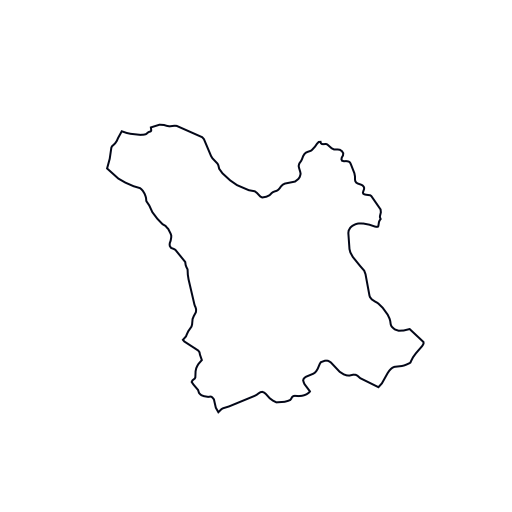 outline of Dzavhan, rotated 48°
{"feature_id": "MNG-3318", "entity_name": "Dzavhan", "entity_type": "Province", "adm_level": 1, "iso_a3": "MNG", "parent_name": "Mongolia", "parent_adm1": "", "projection": "natural_earth1", "projection_center": [96.384, 48.303], "detail": "fine", "context": "isolated", "style": "outline", "palette": "ink", "viewbox_px": 512, "rotation_deg": 48, "n_neighbors": 0, "source": "natural_earth", "source_scale": "10m", "svg_char_len": 4250}
<svg xmlns="http://www.w3.org/2000/svg" viewBox="0 0 512 512"><g transform="rotate(48 256 256)"><path d="M235.6,122.0L238.0,122.4L239.5,124.1L240.2,126.3L241.3,127.8L242.8,128.3L244.5,127.2L245.2,126.2L245.9,125.4L246.8,124.7L247.6,124.1L248.5,123.7L249.4,123.6L250.3,123.8L251.2,124.1L251.3,124.1L260.3,127.5L263.1,129.2L265.6,131.4L267.0,132.2L268.6,132.4L270.2,131.9L273.3,130.2L274.8,129.6L276.6,129.6L277.8,130.1L278.7,131.1L279.6,132.8L280.5,134.2L281.5,134.6L282.7,134.2L284.0,133.3L287.3,130.5L288.6,130.2L304.8,132.3L307.1,134.0L309.3,137.2L310.2,138.0L311.9,138.6L311.9,138.9L312.1,139.6L312.4,140.5L312.7,141.3L313.2,142.1L315.5,144.9L315.8,145.7L315.3,146.6L313.9,147.8L308.6,150.8L303.7,154.5L300.8,157.6L300.0,158.7L299.1,160.5L298.7,161.7L298.1,164.1L298.0,165.9L298.1,167.2L299.1,170.1L300.7,172.0L313.4,181.9L316.5,183.5L321.5,184.7L333.0,185.3L339.3,185.4L342.8,186.8L361.4,198.2L362.8,198.8L365.7,199.0L369.6,198.0L371.5,197.3L373.2,196.9L379.2,196.5L387.7,197.4L392.0,198.7L394.2,199.8L396.9,201.6L398.3,202.2L399.6,202.4L402.0,202.2L403.6,201.9L407.0,200.0L410.2,196.1L413.1,190.7L432.0,189.1L433.1,190.0L433.6,191.0L434.1,192.8L435.3,202.3L436.3,207.0L437.8,211.0L438.5,212.5L438.4,213.5L437.3,217.0L436.4,219.3L435.3,221.3L431.0,227.3L430.6,228.4L430.3,229.6L430.2,231.3L430.4,233.6L431.1,236.5L434.9,247.7L435.4,252.8L416.5,260.3L412.9,260.7L411.0,261.4L409.3,263.1L407.3,266.7L405.4,268.5L402.7,270.0L398.0,271.3L385.2,271.6L383.4,272.1L381.9,272.7L380.7,273.9L379.9,274.9L378.3,278.9L378.9,280.9L381.1,285.6L381.9,288.3L382.1,290.4L381.8,292.2L379.2,299.6L379.0,301.4L379.2,302.9L380.0,304.2L381.9,305.1L383.7,305.7L392.7,306.5L392.9,307.2L392.9,307.8L392.9,308.6L392.6,310.8L392.2,312.1L391.5,313.8L390.5,315.6L388.6,318.1L385.9,320.7L385.1,322.0L385.0,323.8L385.6,325.2L385.9,326.9L385.1,329.1L383.5,332.3L378.4,338.8L374.8,340.2L370.9,341.0L365.2,341.0L363.1,341.3L361.2,342.2L360.2,343.8L359.8,346.0L359.6,348.4L359.0,350.7L349.7,376.8L347.1,382.4L346.7,384.1L346.9,388.5L341.9,387.4L337.4,384.9L334.4,383.2L331.7,383.1L330.7,383.4L330.2,383.7L329.9,384.0L329.1,385.3L328.6,385.9L325.3,388.5L323.2,389.6L322.2,389.9L320.6,390.0L319.8,390.0L319.2,389.8L317.7,389.1L316.8,388.7L316.3,388.7L309.6,388.5L306.6,388.1L306.3,387.4L305.9,386.3L306.1,383.5L305.6,382.3L301.2,378.0L299.4,375.5L298.3,372.9L297.7,370.9L297.1,365.9L291.9,363.7L289.7,362.4L287.6,362.2L271.5,366.5L269.4,366.4L268.9,361.8L268.0,360.0L266.6,356.7L265.3,351.2L264.1,349.3L260.4,345.3L259.0,342.4L257.6,338.4L256.7,337.3L255.4,336.1L253.3,335.1L252.4,334.9L250.8,334.2L228.3,321.8L224.3,319.2L220.4,316.0L219.8,315.7L217.8,315.2L215.6,314.3L213.1,312.6L197.5,311.8L195.7,312.4L193.2,313.7L191.0,313.4L189.9,312.7L189.2,312.0L188.5,311.1L187.7,309.5L186.6,308.0L185.3,306.4L184.1,305.3L182.3,304.5L177.1,303.1L175.2,303.2L173.3,303.1L172.8,303.2L170.4,304.0L169.4,304.2L162.2,304.4L154.1,303.7L147.0,301.5L142.7,300.9L142.0,300.8L141.3,300.4L139.3,298.9L137.7,298.1L135.1,297.1L131.9,296.5L129.7,296.5L127.9,296.8L122.2,300.3L114.0,304.0L106.3,306.5L91.3,308.1L85.9,299.7L78.7,291.0L78.1,289.6L78.1,287.4L78.0,285.2L77.3,282.4L76.0,279.5L73.5,272.3L78.0,269.8L81.2,267.5L88.6,260.9L90.6,258.4L91.6,256.7L91.8,256.2L91.9,255.5L91.9,254.1L92.0,253.3L92.1,252.7L92.4,252.0L92.6,251.7L92.7,251.4L92.8,251.2L92.9,250.8L92.8,250.3L92.7,250.0L92.0,249.4L90.1,248.1L93.9,239.8L97.1,236.7L99.6,235.2L101.8,233.5L104.6,229.5L106.2,227.9L131.7,216.5L134.3,216.5L151.6,222.5L154.2,223.0L161.6,222.8L163.4,223.3L166.2,224.8L166.5,225.0L172.1,225.6L182.5,224.6L190.6,222.7L198.0,219.3L202.3,217.3L207.1,213.6L209.8,213.1L214.7,213.0L216.7,212.2L218.9,208.6L219.8,205.6L219.9,204.8L219.7,202.2L219.9,200.6L220.5,198.9L221.4,197.0L221.7,195.1L221.5,193.1L221.0,190.9L220.9,188.4L221.5,186.1L226.8,177.2L227.1,173.0L226.6,170.8L225.8,169.4L224.8,167.9L223.2,166.9L219.4,165.1L217.7,164.1L216.7,162.7L216.2,161.8L215.5,158.7L214.8,157.0L213.3,154.1L212.6,151.7L212.6,149.7L213.2,147.9L214.3,145.3L214.5,144.7L214.6,144.3L214.6,143.1L214.2,138.9L213.4,135.6L213.2,133.1L214.3,131.7L214.5,131.9L215.7,132.3L216.9,132.1L217.9,131.2L219.5,129.1L220.8,128.4L226.6,127.7L229.1,126.7L231.4,124.1L233.2,122.6L235.6,122.0Z" fill="none" stroke="#020617" stroke-width="2"/></g></svg>